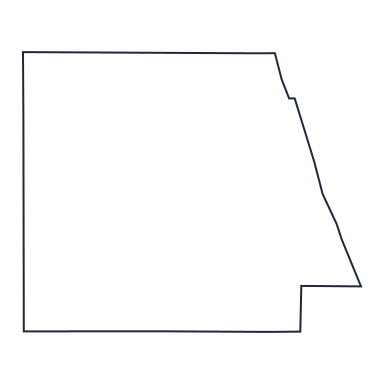 St. Lucie, Florida, United States of America (Albers equal-area conic projection)
{"feature_id": "52423323B58883260045522", "entity_name": "St. Lucie", "entity_type": "district", "adm_level": 2, "iso_a3": "USA", "parent_name": "United States of America", "parent_adm1": "Florida", "projection": "albers", "projection_center": [-80.381, 27.382], "detail": "fine", "context": "isolated", "style": "outline", "palette": "slate", "viewbox_px": 384, "rotation_deg": 0, "n_neighbors": 0, "source": "geoboundaries", "source_scale": "gbopen_adm2", "svg_char_len": 332}
<svg xmlns="http://www.w3.org/2000/svg" viewBox="0 0 384 384"><path d="M23.0,52.1L23.4,120.8L23.8,331.4L162.2,331.3L267.6,331.9L300.3,331.6L301.3,285.9L361.0,286.4L341.6,239.1L336.8,224.4L322.6,193.9L314.2,161.6L294.7,98.4L289.1,98.4L281.6,79.2L274.9,53.2L255.9,53.3L23.0,52.1Z" fill="none" stroke="#1e293b" stroke-width="2"/></svg>